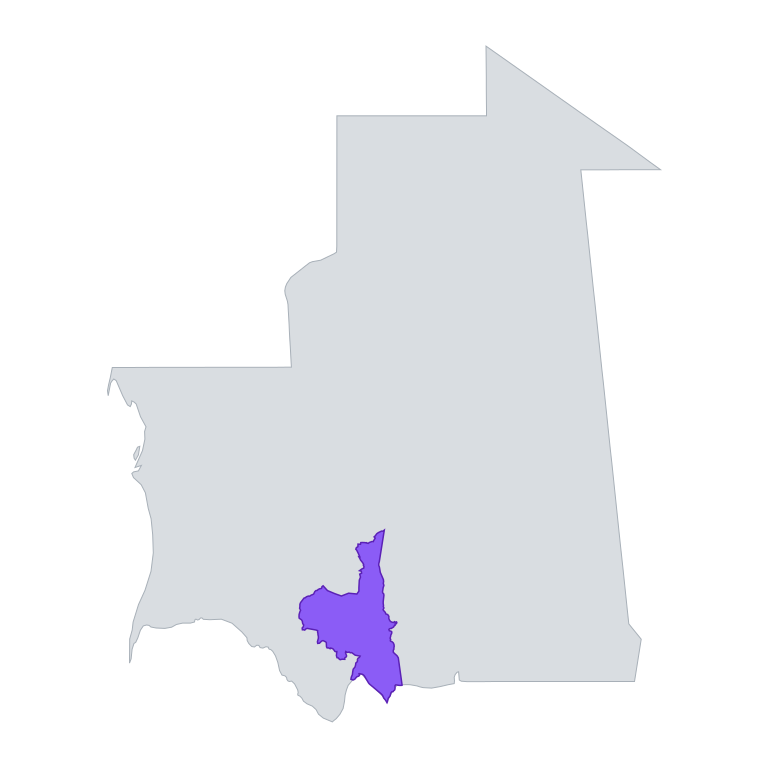 Assaba highlighted on a map of Mauritania
{"feature_id": "MRT-2789", "entity_name": "Assaba", "entity_type": "Region", "adm_level": 1, "iso_a3": "MRT", "parent_name": "Mauritania", "parent_adm1": "", "projection": "natural_earth1", "projection_center": [-11.553, 16.707], "detail": "fine", "context": "in_parent", "style": "filled", "palette": "violet", "viewbox_px": 768, "rotation_deg": 0, "n_neighbors": 0, "source": "natural_earth", "source_scale": "10m", "svg_char_len": 7026}
<svg xmlns="http://www.w3.org/2000/svg" viewBox="0 0 768 768"><path d="M324.3,718.5L323.3,718.1L318.5,714.2L316.1,709.6L312.3,706.1L307.0,703.8L303.5,701.2L301.9,698.2L300.0,696.2L297.9,695.2L297.7,694.1L298.2,692.7L297.7,689.9L294.6,683.9L291.7,681.1L289.2,681.5L287.8,680.8L286.9,679.4L286.6,677.5L284.9,675.8L282.0,675.1L279.6,670.6L277.8,662.3L275.5,655.9L272.7,651.3L270.7,649.5L269.2,649.2L268.7,648.5L268.3,647.2L266.0,646.7L262.9,648.1L260.1,647.6L258.8,645.4L256.8,645.2L254.4,647.0L251.7,646.5L248.8,643.5L247.2,640.6L246.9,637.7L241.8,631.9L232.0,623.2L221.4,619.2L209.8,619.7L203.3,619.3L201.9,617.9L200.5,618.0L199.0,619.6L197.5,620.0L195.9,619.1L194.9,619.8L194.5,622.0L190.4,623.1L182.6,623.1L176.4,624.5L171.6,627.2L164.8,628.4L156.1,628.0L150.9,627.0L149.1,625.4L146.6,625.0L143.3,625.9L140.4,630.2L137.8,637.9L135.7,642.4L134.0,643.4L132.1,649.2L131.1,658.9L129.5,663.1L129.7,639.0L132.2,630.0L133.1,622.1L138.5,604.6L145.0,590.3L151.0,571.3L153.3,552.9L152.7,534.8L151.1,518.8L148.2,508.2L145.4,492.8L141.2,484.7L133.5,477.6L131.8,473.5L133.6,471.9L138.4,470.9L141.4,465.4L135.0,467.5L142.5,450.6L144.9,439.1L144.6,431.5L146.0,426.8L140.5,416.7L136.2,404.0L134.0,402.0L131.7,400.9L131.5,403.9L130.2,406.6L127.5,404.9L122.7,395.7L116.2,380.6L113.8,379.0L111.9,381.1L110.6,383.1L108.2,395.7L107.5,390.7L108.6,384.8L110.3,377.6L112.3,367.5L118.1,367.5L128.5,367.5L149.3,367.4L159.7,367.4L180.5,367.4L190.9,367.4L211.7,367.3L222.1,367.3L242.9,367.3L253.3,367.3L274.1,367.3L284.5,367.2L291.4,367.2L291.0,360.1L290.7,354.4L290.3,346.8L289.8,339.2L289.4,331.6L289.1,324.4L288.7,317.3L288.3,310.7L288.0,304.6L287.4,301.1L285.2,294.2L284.8,290.7L285.4,287.1L286.8,283.6L290.9,277.4L297.0,272.6L304.1,267.0L309.5,262.8L312.3,261.7L320.7,260.2L327.3,257.0L333.8,253.9L336.5,252.2L336.8,246.3L336.9,115.8L368.7,115.8L377.1,115.8L435.6,115.8L444.0,115.8L486.5,115.8L486.5,109.6L486.4,100.8L486.3,88.6L486.3,76.5L486.1,55.1L486.0,46.1L494.5,52.1L511.4,64.0L519.9,70.0L536.8,81.9L553.8,93.9L570.7,105.8L579.2,111.8L587.7,117.7L596.2,123.7L604.8,129.7L621.8,141.6L628.9,146.6L639.9,154.7L650.1,162.2L660.5,169.7L644.7,169.7L623.7,169.7L609.3,169.8L594.6,169.8L580.8,169.8L582.1,182.1L583.5,195.5L584.9,208.9L586.3,222.3L587.8,235.7L592.0,276.0L593.4,289.4L594.9,302.8L596.3,316.2L597.7,329.6L600.5,356.4L601.9,369.8L603.4,383.2L604.8,396.6L606.2,410.0L607.6,423.4L610.4,450.2L611.9,463.6L613.3,477.0L614.7,490.4L616.1,503.8L617.5,517.2L618.9,530.6L620.3,544.0L623.2,570.7L624.6,584.1L626.0,597.5L627.4,610.9L628.8,623.9L634.3,630.7L641.2,639.2L639.3,651.3L637.0,665.8L634.5,681.5L615.5,681.5L596.8,681.5L550.1,681.5L540.7,681.5L494.0,681.5L484.7,681.6L466.6,681.6L461.3,681.2L459.3,680.0L458.6,671.8L457.0,672.3L455.1,674.7L454.2,677.3L454.5,680.7L454.2,683.6L448.2,684.7L440.1,686.6L431.6,688.1L423.0,687.6L420.0,686.9L416.9,685.9L410.0,684.7L406.3,684.6L402.0,684.8L397.0,685.5L395.4,687.0L391.5,693.1L387.9,700.1L385.4,700.1L382.7,696.2L375.3,688.9L366.3,679.4L362.2,674.6L360.0,674.0L355.7,677.4L352.1,680.7L348.2,685.3L346.5,689.8L345.1,695.1L344.5,701.3L343.1,708.5L339.9,714.3L336.2,718.7L333.5,720.8L332.4,721.9L324.3,718.5ZM138.4,454.9L135.4,460.2L134.1,458.2L133.7,454.7L136.3,449.8L137.5,447.2L139.8,446.3L138.4,454.9Z" fill="#d9dde1" stroke="#a8b0b8" stroke-width="1"/><path d="M387.0,702.7L385.5,700.1L383.8,698.1L382.5,695.3L381.0,693.7L369.4,684.0L368.5,682.9L364.3,675.8L363.1,674.7L362.1,674.2L359.4,673.6L359.0,673.6L358.9,673.7L359.0,673.9L359.1,674.1L359.3,674.2L359.4,674.3L359.5,674.6L359.6,674.9L359.5,675.2L359.4,675.4L359.0,675.9L358.5,676.2L357.3,676.6L356.5,677.1L354.9,679.1L353.5,679.9L352.3,679.8L351.1,679.4L350.9,679.3L351.3,677.1L352.4,674.6L352.7,671.8L353.2,669.2L355.0,667.0L355.4,665.6L355.7,664.3L355.7,663.6L355.9,662.9L357.0,662.0L357.6,660.7L357.4,660.2L357.4,659.6L357.7,658.8L358.2,658.1L359.4,657.4L360.1,656.1L355.2,655.2L352.0,652.8L351.4,652.6L350.7,652.8L349.9,652.6L349.3,652.1L346.9,652.4L346.4,651.9L345.8,651.5L345.5,652.3L345.7,653.6L346.2,654.7L346.6,655.9L346.3,656.8L345.6,657.3L345.0,657.6L344.7,658.5L344.8,659.3L343.9,659.3L342.6,659.2L341.3,659.4L340.2,659.7L339.3,659.2L338.4,658.0L337.0,657.7L336.4,655.6L336.8,651.6L335.8,651.7L334.9,651.4L334.4,650.6L332.8,648.7L330.7,648.0L330.4,648.3L330.2,648.7L329.4,648.4L328.7,647.9L327.1,647.9L326.5,646.8L326.3,642.6L325.5,641.7L324.5,641.4L323.8,640.9L323.0,640.6L322.0,640.9L321.2,641.5L319.5,643.2L317.7,643.4L317.4,641.8L318.4,638.1L318.3,635.9L318.0,635.0L317.9,633.2L317.6,632.3L317.6,630.6L315.9,630.0L307.2,628.4L306.0,628.8L305.0,629.9L304.4,630.1L303.8,629.8L303.0,629.7L302.4,629.8L302.2,628.8L302.2,627.9L303.1,627.0L303.6,625.7L303.6,624.7L302.9,624.0L302.5,622.8L302.4,621.5L301.6,619.9L300.3,619.0L299.2,618.2L299.0,616.9L299.1,614.5L299.7,612.3L300.6,610.2L299.6,608.3L299.9,606.4L299.9,604.5L300.2,603.4L300.7,602.4L304.0,598.1L305.4,597.7L305.9,597.3L306.3,596.8L308.3,596.1L309.0,596.1L309.5,596.2L310.1,595.9L310.6,595.5L311.4,595.0L312.4,594.7L313.6,594.1L314.8,591.6L315.9,590.6L317.3,590.4L318.1,589.5L319.6,588.8L321.4,588.4L321.8,587.8L321.9,586.8L322.4,586.3L323.1,585.8L327.5,590.6L334.9,593.7L341.4,596.0L348.6,593.2L356.9,594.0L358.9,591.1L358.9,587.6L359.3,580.1L360.5,577.1L359.7,574.1L361.6,573.2L361.3,571.2L359.5,570.7L360.8,569.7L362.3,568.7L363.7,568.2L364.0,566.6L363.3,565.1L363.6,564.8L363.6,564.3L363.1,563.4L362.2,562.1L360.5,560.0L360.3,559.4L358.8,556.7L359.8,556.8L358.1,553.0L357.0,550.8L356.7,550.2L355.8,549.2L356.4,547.6L357.9,546.7L358.0,544.1L360.5,544.3L360.8,542.6L362.1,542.5L365.0,542.6L366.3,542.9L366.7,542.7L367.1,543.2L368.2,543.4L369.3,542.5L372.0,541.5L373.3,541.6L373.7,540.6L375.2,538.1L374.1,536.9L375.3,535.8L376.7,533.8L378.2,532.7L381.5,531.1L382.9,531.2L384.3,530.1L379.3,561.7L378.8,563.5L378.7,565.3L379.4,567.0L380.3,572.4L383.4,579.6L383.6,581.5L383.3,583.4L383.9,585.4L383.6,586.4L383.2,587.4L382.5,592.0L382.9,593.1L383.7,593.9L383.9,595.3L383.2,601.8L383.2,603.3L383.4,604.7L383.5,605.7L383.3,606.6L383.9,607.9L383.6,608.7L383.1,609.4L383.5,610.5L384.4,611.3L385.4,612.6L385.6,613.4L386.0,614.1L386.8,614.2L387.7,614.6L388.4,615.5L388.9,616.4L388.8,618.3L389.4,619.9L390.4,621.4L391.8,622.1L392.5,622.3L393.2,622.5L394.6,621.7L395.1,622.4L395.8,622.1L396.5,621.9L396.8,622.4L396.7,623.1L396.1,623.9L395.1,624.0L395.1,625.3L394.0,626.1L393.6,627.0L391.2,628.5L390.3,628.5L389.5,628.8L388.9,629.4L389.3,630.7L391.2,631.3L391.7,631.7L391.8,632.9L391.4,634.0L391.1,634.5L390.8,635.1L390.6,636.6L390.3,637.4L390.1,638.2L390.7,639.5L390.3,640.2L390.5,641.1L392.0,641.7L393.3,642.9L394.0,644.5L394.2,646.3L393.9,647.8L393.9,649.3L393.3,650.2L393.3,651.7L393.2,652.0L394.1,653.1L397.0,655.7L398.3,657.8L402.1,685.2L402.0,685.3L401.1,685.4L399.2,685.4L396.4,684.9L395.7,684.9L395.1,685.5L395.0,686.5L395.0,688.8L394.7,689.9L394.3,690.3L393.6,690.8L393.1,691.6L392.7,691.7L392.2,691.7L391.7,691.9L391.0,692.8L390.7,693.6L390.2,695.6L389.7,696.5L388.5,697.9L388.1,698.7L387.4,701.8L387.0,702.7Z" fill="#8b5cf6" stroke="#5b21b6" stroke-width="1.5"/></svg>